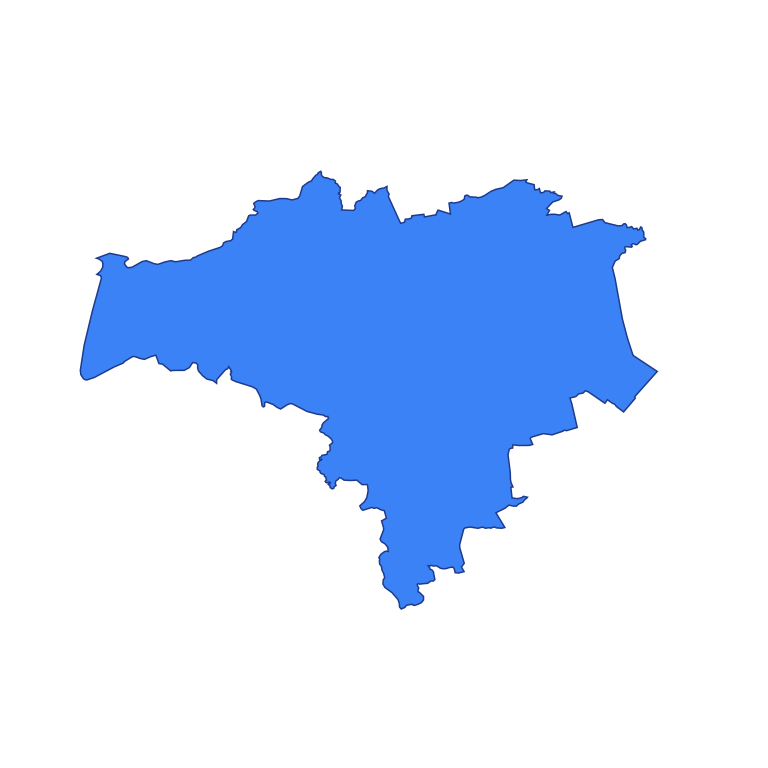 Trang Bom, Đồng Nai, Vietnam, rotated 255°
{"feature_id": "81297802B42890675400166", "entity_name": "Trang Bom", "entity_type": "district", "adm_level": 2, "iso_a3": "VNM", "parent_name": "Vietnam", "parent_adm1": "Đồng Nai", "projection": "natural_earth1", "projection_center": [107.029, 10.976], "detail": "fine", "context": "isolated", "style": "filled", "palette": "blue", "viewbox_px": 768, "rotation_deg": 255, "n_neighbors": 0, "source": "geoboundaries", "source_scale": "gbopen_adm2", "svg_char_len": 6166}
<svg xmlns="http://www.w3.org/2000/svg" viewBox="0 0 768 768"><g transform="rotate(255 384 384)"><path d="M306.8,622.8L325.4,651.2L346.9,632.2L348.1,631.9L365.9,631.0L384.9,631.1L426.3,634.5L437.5,634.7L443.0,639.2L444.2,643.6L447.0,645.0L448.6,647.7L448.5,650.9L450.7,652.1L453.1,651.6L453.9,652.1L454.1,653.0L452.1,658.6L452.7,659.4L454.4,658.9L455.1,660.1L454.9,661.4L453.6,663.0L453.2,664.5L455.5,668.7L455.7,674.0L456.6,674.4L458.5,673.0L463.5,674.2L465.8,673.4L468.6,673.5L469.2,672.5L467.1,670.7L466.9,669.1L469.0,668.6L469.1,665.3L471.9,664.0L471.8,660.8L472.4,659.3L475.0,659.3L476.4,658.5L476.6,657.0L475.3,654.5L476.3,650.8L482.7,639.1L486.3,637.7L487.1,633.7L486.4,607.0L501.4,607.2L501.0,605.5L503.5,604.5L501.7,597.4L503.7,593.0L504.7,589.2L504.9,585.0L508.9,588.8L511.4,586.4L516.2,594.2L516.5,600.4L517.4,603.1L519.3,604.6L521.3,600.6L523.9,598.9L524.1,597.2L524.7,597.0L525.5,597.9L525.8,594.4L527.3,594.2L528.9,589.5L527.8,587.8L528.1,584.7L532.6,584.6L532.0,582.8L532.6,579.8L537.7,580.6L541.2,574.4L542.5,573.2L544.3,574.9L545.2,568.6L547.3,562.2L542.8,550.0L543.1,542.4L542.4,537.1L540.1,530.2L539.4,526.3L539.6,522.6L540.4,521.9L542.5,515.5L544.8,513.4L545.1,512.4L544.8,510.8L541.6,509.2L540.8,506.6L540.3,503.3L540.7,498.2L541.9,496.1L541.9,493.6L531.0,492.2L538.0,481.2L535.3,478.8L534.0,478.3L534.9,466.3L537.6,466.4L539.3,454.5L537.1,453.3L537.0,450.8L537.7,447.2L535.0,445.8L534.9,441.6L563.5,436.8L565.4,437.3L566.1,438.1L570.2,437.0L574.1,438.0L573.3,434.7L573.7,431.0L573.2,428.3L570.7,424.2L573.2,422.4L575.0,418.1L572.5,417.2L571.4,415.7L569.8,414.7L569.4,411.6L567.4,409.0L567.4,406.3L566.7,404.1L563.6,401.8L561.4,401.9L560.2,401.0L559.5,399.5L563.1,388.1L566.4,389.8L569.6,389.4L572.0,390.0L575.6,389.2L577.7,391.2L578.6,389.9L579.3,390.2L579.6,389.3L580.3,389.7L580.7,391.2L585.3,392.6L585.9,391.8L589.4,390.7L590.4,389.0L592.4,389.6L593.4,389.1L594.8,387.8L595.4,385.6L597.7,382.6L598.9,379.6L600.5,378.2L602.5,377.6L604.4,378.3L605.8,378.0L605.1,375.2L603.7,373.9L603.2,372.0L600.4,367.9L599.1,366.8L598.4,362.8L595.8,356.4L587.4,351.2L585.6,348.9L585.6,342.8L588.3,337.8L590.1,331.4L590.4,320.6L593.7,310.1L593.4,308.0L592.2,304.9L588.3,305.3L587.5,304.7L586.4,302.9L585.3,303.5L583.3,306.2L581.6,306.3L580.4,303.5L581.8,298.6L581.5,296.8L576.5,293.2L574.5,288.5L572.2,286.1L571.1,281.7L569.0,280.8L568.8,280.0L570.2,278.1L562.9,275.2L562.9,274.4L562.1,273.3L562.5,268.2L561.8,265.5L559.4,264.0L558.4,261.3L557.7,248.7L556.0,236.9L555.2,234.7L555.5,232.6L553.7,229.2L555.1,223.4L556.0,214.3L558.3,210.1L558.6,204.3L558.1,196.4L559.9,192.8L564.6,186.4L564.9,182.2L562.0,170.9L562.5,167.2L563.3,165.9L566.9,164.5L569.1,165.2L570.9,169.5L572.6,169.2L574.0,167.2L581.2,153.0L579.9,138.9L578.3,141.2L575.5,143.5L573.5,143.7L569.7,142.6L566.4,139.6L564.2,135.0L562.0,138.3L559.5,138.5L530.0,121.2L499.2,104.5L475.8,94.2L471.5,93.6L467.0,95.0L465.6,96.3L464.8,98.1L465.3,105.9L470.3,127.7L471.7,137.4L473.0,139.4L475.5,147.9L475.1,150.3L471.8,155.0L469.8,159.0L470.8,165.8L470.9,171.1L462.0,171.9L460.4,175.3L451.8,181.4L451.8,183.4L448.9,194.6L450.2,200.2L454.3,204.8L452.6,208.2L450.9,209.0L447.6,208.1L444.5,208.2L438.9,211.0L434.7,214.1L431.5,219.8L428.0,222.5L431.5,223.5L438.9,234.7L439.2,237.0L441.0,238.5L436.4,239.9L435.5,239.1L434.6,239.8L433.3,238.1L430.4,238.7L428.3,237.7L427.3,238.3L424.6,241.6L415.3,256.2L412.1,259.4L404.8,261.0L401.3,261.3L394.5,260.6L393.1,261.5L393.3,262.8L396.8,263.9L397.2,265.6L393.0,271.5L388.9,274.9L386.6,277.7L389.1,285.5L389.3,288.7L388.5,290.4L377.4,302.6L372.1,311.7L369.8,317.2L367.6,319.2L367.1,321.5L364.9,321.2L362.1,315.3L360.2,313.4L358.4,312.9L356.1,309.9L354.3,310.2L352.0,313.4L350.3,314.1L348.0,316.6L344.6,318.8L342.0,319.5L340.6,319.1L339.0,315.5L337.3,315.7L333.8,314.7L333.2,313.9L333.2,311.9L330.8,310.7L331.1,305.6L329.8,304.4L329.6,302.5L328.0,302.3L327.2,304.3L326.6,303.7L326.5,302.0L325.1,299.9L323.5,299.1L321.6,299.1L320.8,297.9L318.7,297.5L316.6,299.6L315.2,299.4L313.8,300.1L312.1,302.6L310.1,302.7L309.0,303.8L307.6,303.4L306.0,303.7L305.3,302.0L304.0,302.4L303.2,303.4L303.6,305.5L302.7,306.7L302.0,306.5L301.9,304.7L301.3,304.1L299.8,305.5L298.0,305.2L296.2,306.6L296.1,308.3L297.7,309.5L298.3,311.4L300.4,311.3L302.5,312.0L303.9,315.3L305.0,316.4L304.4,318.1L301.5,320.5L299.4,326.9L298.2,332.8L292.5,336.8L291.3,341.5L290.6,341.9L285.1,341.1L278.8,338.0L275.4,334.7L272.6,329.1L269.8,329.5L267.5,330.8L267.9,340.4L266.5,342.1L266.3,345.1L263.2,348.6L261.6,351.5L253.8,351.6L252.4,346.2L245.6,346.4L243.2,345.9L235.3,340.1L232.4,340.6L229.5,343.5L225.3,345.4L221.2,344.7L222.0,342.8L221.9,340.9L220.2,336.7L217.6,334.1L215.8,334.5L214.3,333.7L211.1,333.2L208.7,334.3L204.9,333.9L201.2,334.6L197.5,334.6L196.6,334.4L194.9,332.5L191.1,331.2L187.3,332.2L180.3,337.8L172.3,341.7L168.3,342.0L164.5,341.3L162.2,342.4L162.8,346.3L164.2,348.2L164.4,349.5L163.9,354.4L162.7,355.0L162.2,356.5L162.5,360.5L163.2,363.7L165.2,366.3L168.6,367.2L173.7,364.2L174.3,363.2L176.4,363.6L178.0,364.8L181.1,364.0L182.1,364.5L182.3,365.4L181.6,366.2L180.2,374.6L181.6,378.6L180.9,380.7L181.9,382.5L189.8,383.1L192.2,382.1L193.3,380.4L194.5,380.6L197.0,379.6L196.3,381.8L196.6,382.7L195.3,384.7L194.9,387.6L191.5,390.8L190.4,392.8L189.6,396.1L189.8,400.4L189.2,403.2L187.6,404.0L183.3,403.9L182.1,407.2L182.0,412.8L187.2,411.5L190.0,415.1L206.3,414.8L209.2,415.5L223.1,423.4L224.0,424.8L223.6,430.0L220.3,437.5L220.3,442.2L218.5,444.5L217.9,448.7L217.1,449.7L217.5,453.3L215.9,455.4L214.2,460.3L214.1,463.6L230.7,458.8L232.6,468.5L234.7,473.3L232.5,477.5L231.8,480.4L233.1,482.6L234.0,487.7L235.4,489.3L237.0,492.7L237.5,493.3L239.4,489.6L238.6,487.7L238.6,484.5L238.9,482.6L240.9,478.2L251.4,479.8L251.2,481.9L255.8,481.2L259.0,481.4L265.5,483.0L283.6,485.5L288.6,488.1L289.1,490.4L288.8,491.6L291.9,492.9L289.7,498.3L287.1,508.4L287.1,512.0L293.5,511.1L294.5,512.3L294.8,525.1L291.4,533.2L292.1,544.7L292.8,545.8L291.7,548.3L292.0,559.4L316.2,560.3L322.3,560.0L322.2,566.0L324.0,569.3L323.8,574.2L325.4,576.7L323.9,579.0L308.2,592.4L311.0,595.7L306.2,599.7L304.8,601.6L302.1,602.7L295.0,608.2L305.2,623.0L306.8,622.8Z" fill="#3b82f6" stroke="#1e3a8a" stroke-width="1.5"/></g></svg>